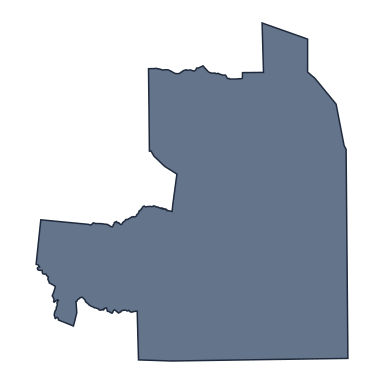 the district of Galeana, Chihuahua, Mexico
{"feature_id": "50627088B51134227456684", "entity_name": "Galeana", "entity_type": "district", "adm_level": 2, "iso_a3": "MEX", "parent_name": "Mexico", "parent_adm1": "Chihuahua", "projection": "orthographic", "projection_center": [-107.764, 30.204], "detail": "fine", "context": "isolated", "style": "filled", "palette": "slate", "viewbox_px": 384, "rotation_deg": 0, "n_neighbors": 0, "source": "geoboundaries", "source_scale": "gbopen_adm2", "svg_char_len": 5700}
<svg xmlns="http://www.w3.org/2000/svg" viewBox="0 0 384 384"><path d="M58.7,320.1L73.4,326.0L74.8,320.9L76.8,312.6L76.0,301.5L76.7,301.4L76.9,301.2L76.9,300.9L77.0,300.7L77.2,300.4L77.6,299.6L78.9,298.9L79.5,298.5L79.8,298.0L80.1,297.7L80.6,297.7L80.9,297.4L82.0,297.2L82.9,297.8L85.2,300.2L85.5,301.8L86.0,302.0L86.4,302.4L87.0,303.0L87.4,303.1L89.1,305.0L89.9,305.4L90.6,306.0L91.8,306.5L93.3,307.0L93.8,307.5L94.6,307.8L95.2,307.9L96.0,308.0L96.8,308.2L97.4,308.6L98.6,309.0L98.8,309.6L99.9,310.2L100.7,310.0L101.1,310.1L101.4,309.7L102.0,309.7L103.6,310.0L103.9,309.7L103.6,309.1L104.0,308.7L105.0,308.5L105.5,307.9L106.3,307.9L106.8,308.9L107.0,309.5L107.4,311.4L109.0,311.4L109.9,312.3L110.8,312.7L111.3,312.9L111.6,313.1L112.1,313.1L112.4,313.0L112.6,312.6L112.8,312.3L112.9,311.6L113.0,311.3L113.3,311.0L113.6,310.5L114.6,309.8L118.5,313.0L120.1,312.2L120.6,312.0L121.0,311.7L121.2,311.0L121.9,310.7L122.4,310.5L123.0,310.5L123.4,310.3L124.4,310.2L125.0,310.1L125.8,310.3L127.4,311.0L128.2,310.8L128.6,310.4L129.8,311.3L130.1,311.7L130.7,312.0L131.1,312.1L132.2,312.1L133.0,311.7L133.9,311.6L135.5,311.3L136.2,311.1L137.2,311.2L138.5,359.9L171.8,361.0L263.8,359.6L347.9,358.4L346.1,149.3L344.1,145.6L336.1,104.2L314.8,78.2L307.6,72.1L307.6,39.1L262.1,23.0L263.5,72.4L242.5,72.6L242.4,78.0L242.2,78.3L241.9,78.5L241.0,78.7L240.4,78.7L240.0,78.7L237.9,78.8L236.3,79.0L229.7,79.0L229.4,78.6L229.1,78.4L228.8,78.5L228.6,78.6L228.4,78.7L228.1,78.7L227.8,78.5L227.2,78.1L227.1,77.9L226.8,77.4L226.6,76.9L225.9,75.7L225.3,75.0L224.9,75.0L224.5,75.2L223.7,75.2L223.2,75.0L222.8,75.0L222.0,74.9L220.9,74.4L219.9,74.3L219.4,73.9L218.6,73.8L218.1,73.3L217.8,73.3L217.2,73.5L216.4,73.7L215.6,73.5L215.4,73.2L215.1,73.1L214.7,73.2L214.1,73.0L213.4,73.2L213.1,73.1L212.3,73.2L210.9,72.9L210.5,72.7L209.9,72.6L208.4,71.9L207.4,70.7L205.1,68.3L203.1,65.9L202.8,65.9L200.9,66.9L200.2,67.1L198.2,68.1L196.6,68.1L196.6,68.5L196.1,69.2L195.9,69.7L194.9,70.7L194.2,70.9L193.1,70.9L192.8,70.8L191.2,70.1L190.7,70.0L190.4,70.0L190.0,70.1L189.5,70.0L188.5,70.2L187.5,70.3L187.0,70.1L186.8,70.2L186.5,70.0L186.3,69.8L186.0,69.8L185.5,69.9L184.9,70.2L184.5,70.3L184.0,70.4L183.5,70.7L182.8,70.9L182.7,71.0L182.1,71.7L181.8,71.9L180.9,72.3L180.7,72.3L180.1,73.0L179.9,73.2L179.2,73.5L177.8,73.6L176.0,73.6L175.4,73.5L174.2,73.0L170.7,71.0L169.9,70.7L169.0,70.2L168.4,69.9L167.1,69.8L166.3,69.7L164.4,69.8L162.9,70.0L162.4,70.0L160.2,69.2L158.0,68.7L157.3,68.7L156.2,68.3L155.5,68.4L154.8,68.5L153.7,68.6L151.1,68.6L148.5,68.7L149.0,110.1L149.4,151.1L151.1,151.1L153.8,155.9L154.3,156.5L158.4,160.3L158.5,160.5L163.1,164.9L165.0,166.6L176.9,174.1L172.7,205.3L172.1,211.5L171.0,211.1L170.4,211.1L169.8,210.9L169.3,211.0L169.0,210.9L168.8,210.8L168.4,210.8L168.2,210.6L167.7,210.6L167.3,210.5L167.2,210.6L167.0,210.2L166.6,209.9L166.7,209.6L166.0,209.2L165.9,209.1L164.9,208.9L164.7,208.9L164.7,209.2L164.4,209.0L164.0,209.1L163.9,209.0L163.7,209.0L163.4,208.8L163.4,208.7L162.8,208.8L162.9,208.6L162.8,208.4L162.3,208.5L162.1,208.1L161.9,208.1L161.7,208.2L161.7,208.4L161.5,208.5L161.4,208.5L161.4,208.1L161.3,207.9L161.2,207.9L160.9,208.3L160.7,208.3L159.8,207.9L159.4,207.8L159.0,207.7L158.5,207.3L157.9,207.0L157.6,207.0L157.0,207.1L156.7,207.0L156.5,206.8L156.3,206.8L156.0,206.8L155.7,206.8L155.2,206.4L155.1,206.2L154.5,206.2L154.2,206.1L154.0,205.9L153.8,205.8L153.4,206.0L152.9,206.4L152.0,206.7L151.2,206.6L150.7,206.4L149.6,206.4L149.1,206.5L148.6,206.5L147.1,206.6L146.7,206.8L146.1,206.9L145.7,206.9L145.1,206.7L144.4,206.2L144.1,206.0L143.9,206.1L143.6,206.4L143.1,206.6L142.3,207.4L142.2,207.8L142.0,208.5L141.1,209.1L141.0,209.8L139.5,210.6L139.0,211.2L139.0,211.9L138.6,212.4L138.3,213.4L138.1,213.8L137.2,214.2L137.0,214.4L136.6,215.4L136.2,216.1L135.6,216.5L135.0,216.7L134.3,217.0L133.6,216.6L133.2,216.7L132.5,217.0L131.9,216.9L131.7,216.9L131.1,217.4L130.5,217.8L130.2,217.8L129.3,218.5L128.7,218.8L128.4,219.1L127.9,219.2L127.1,219.5L126.1,219.5L125.4,219.9L125.2,220.6L124.7,221.0L124.1,221.3L123.6,222.0L122.6,222.5L122.5,223.0L122.3,223.4L122.1,224.0L120.9,224.6L120.5,224.4L119.8,223.8L119.2,223.3L119.1,223.0L118.8,222.8L118.5,222.7L118.1,222.7L117.7,222.5L117.2,222.7L116.8,222.2L116.7,221.9L116.3,221.5L116.2,221.6L116.0,221.9L115.6,222.2L115.3,222.3L115.0,222.2L114.7,222.3L114.3,222.6L114.3,223.5L114.0,224.0L113.3,224.8L113.2,225.2L113.0,225.7L112.9,226.1L112.6,226.7L112.3,226.8L111.3,226.7L110.8,226.4L110.4,226.4L109.5,225.5L109.1,225.3L108.5,225.2L107.6,224.4L106.8,224.5L106.5,224.5L105.8,224.1L105.6,224.1L105.3,224.2L104.6,224.2L103.7,223.9L102.4,223.9L101.2,223.6L95.6,223.5L93.3,222.8L90.9,225.1L88.8,224.4L40.8,219.8L36.1,264.3L37.3,264.7L37.8,264.8L38.2,264.9L38.5,265.3L38.7,265.7L38.8,266.0L39.2,266.3L39.5,266.9L38.1,267.3L37.5,267.9L37.4,268.8L37.6,269.4L38.3,270.0L38.8,270.2L40.2,270.4L41.8,270.3L42.1,270.4L42.3,272.2L42.6,273.5L43.0,273.7L43.7,274.0L44.5,274.1L46.0,274.1L46.4,275.0L46.8,275.7L48.2,276.8L48.3,277.4L48.3,277.7L47.9,278.1L48.0,278.5L47.9,279.3L48.0,279.7L48.3,280.2L48.9,281.4L49.1,282.0L49.2,282.4L49.2,282.9L52.1,284.4L55.3,286.4L55.2,287.1L54.8,288.7L53.5,292.7L52.3,295.7L52.2,295.9L53.1,297.3L53.9,299.1L54.0,300.1L54.1,300.4L53.9,300.7L53.6,301.0L53.5,301.3L53.6,301.6L54.1,302.2L55.7,301.1L56.3,300.5L56.8,300.2L57.2,300.1L57.6,299.7L58.4,300.4L57.7,301.1L57.5,301.4L57.5,302.2L57.0,302.8L56.9,303.1L57.2,304.3L57.3,305.0L57.2,305.6L56.6,306.6L56.3,307.1L56.3,309.1L56.2,309.4L55.9,309.7L54.9,311.3L54.8,312.0L54.6,312.4L54.5,312.9L54.5,313.1L54.5,313.6L54.2,314.8L54.2,315.4L54.6,316.3L54.9,317.1L54.9,318.0L55.4,318.5L56.7,317.5L57.2,317.4L57.8,317.8L58.2,319.0L58.8,319.9L58.7,320.1Z" fill="#64748b" stroke="#1e293b" stroke-width="1.5"/></svg>